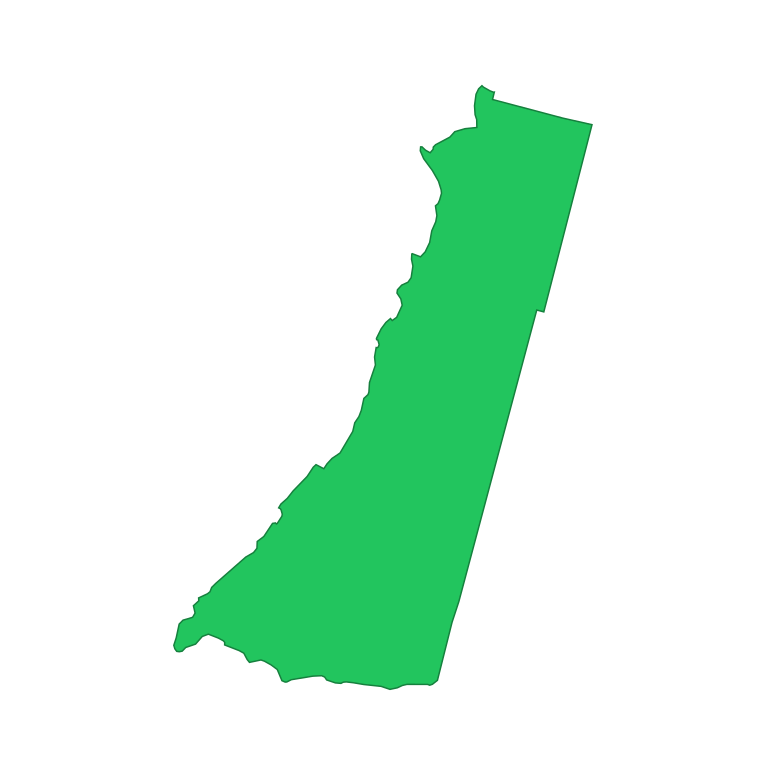 Clallam, Washington, United States of America, rotated 285°
{"feature_id": "52423323B36348564143669", "entity_name": "Clallam", "entity_type": "district", "adm_level": 2, "iso_a3": "USA", "parent_name": "United States of America", "parent_adm1": "Washington", "projection": "orthographic", "projection_center": [-123.997, 48.129], "detail": "fine", "context": "isolated", "style": "filled", "palette": "green", "viewbox_px": 768, "rotation_deg": 285, "n_neighbors": 0, "source": "geoboundaries", "source_scale": "gbopen_adm2", "svg_char_len": 2060}
<svg xmlns="http://www.w3.org/2000/svg" viewBox="0 0 768 768"><g transform="rotate(285 384 384)"><path d="M694.5,415.0L694.2,414.3L694.6,410.5L696.5,403.2L697.5,401.4L693.6,399.0L687.7,397.9L676.2,399.4L667.7,402.3L663.4,405.1L655.8,407.3L651.6,396.2L646.1,387.1L639.5,383.7L628.5,371.9L625.6,370.3L623.4,370.7L619.3,368.7L620.6,363.6L622.9,359.3L622.5,358.0L618.6,358.7L611.9,364.0L602.7,375.5L593.9,384.2L586.4,388.9L583.1,390.2L576.1,390.1L572.2,389.5L569.4,387.6L560.3,391.5L554.1,392.0L544.3,390.5L532.5,391.5L522.3,389.6L516.3,386.4L517.2,377.6L516.8,377.2L511.6,378.3L505.4,381.4L493.7,382.7L488.5,380.8L484.1,375.5L478.5,372.6L475.2,373.0L470.6,378.2L464.8,381.2L451.7,379.0L447.4,375.5L448.9,373.3L443.9,369.9L436.6,367.0L426.1,364.9L424.9,365.4L424.9,366.7L420.8,369.1L418.3,368.9L417.3,368.0L417.2,367.0L407.6,367.9L400.1,370.8L381.7,369.6L372.3,371.5L369.6,371.3L364.9,368.3L352.7,368.9L346.0,368.2L339.0,365.8L330.1,366.1L306.0,359.4L298.7,353.1L292.3,349.7L286.6,347.8L288.5,339.2L285.3,337.2L274.8,333.7L257.2,323.9L248.5,320.2L241.4,315.5L237.1,314.3L236.7,316.2L235.7,317.2L232.0,319.4L229.8,319.6L221.7,317.0L221.0,316.3L221.3,315.7L221.7,315.1L220.5,312.4L205.6,307.4L199.1,302.3L192.4,303.8L187.4,301.6L181.1,295.3L148.0,273.2L142.9,270.2L138.3,269.7L135.7,267.8L129.4,260.3L126.6,261.2L120.5,257.3L117.5,258.9L113.8,260.8L109.1,259.5L106.7,255.7L103.9,251.0L99.1,248.3L84.9,249.0L77.2,248.6L74.1,250.5L72.1,253.0L72.4,255.5L73.7,258.2L78.2,260.7L84.0,269.3L93.1,273.8L96.9,279.1L95.7,289.8L94.3,295.5L93.2,297.0L90.7,297.6L89.0,313.1L87.7,318.3L82.5,323.1L80.3,326.1L80.6,326.7L85.6,336.6L85.3,340.3L83.5,347.5L80.6,354.8L71.0,362.2L70.5,365.6L71.0,367.2L74.4,371.0L83.4,390.9L86.1,399.3L85.6,402.5L83.3,405.2L82.7,414.4L83.7,419.9L85.5,421.9L86.5,424.8L87.5,431.7L88.5,442.2L91.2,459.5L90.6,468.8L94.0,475.5L97.6,479.8L99.8,483.9L105.1,503.8L104.9,506.1L106.5,508.5L111.6,512.3L171.4,511.4L193.1,512.6L495.0,512.4L495.0,519.7L688.3,517.8L687.1,487.7L686.9,415.2L694.5,415.0Z" fill="#22c55e" stroke="#15803d" stroke-width="1.5"/></g></svg>